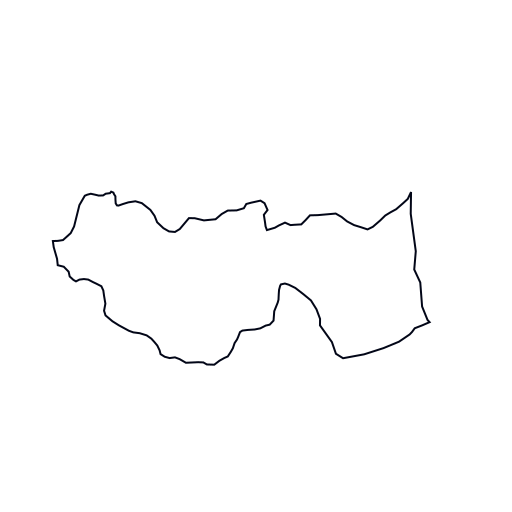 outline of Boganda, Lobaye, Central African Republic, rotated 210°
{"feature_id": "33826404B33100016317003", "entity_name": "Boganda", "entity_type": "district", "adm_level": 2, "iso_a3": "CAF", "parent_name": "Central African Republic", "parent_adm1": "Lobaye", "projection": "mercator", "projection_center": [17.223, 4.309], "detail": "fine", "context": "isolated", "style": "outline", "palette": "ink", "viewbox_px": 512, "rotation_deg": 210, "n_neighbors": 0, "source": "geoboundaries", "source_scale": "gbopen_adm2", "svg_char_len": 2161}
<svg xmlns="http://www.w3.org/2000/svg" viewBox="0 0 512 512"><g transform="rotate(210 256 256)"><path d="M439.4,167.4L435.6,162.5L426.9,154.1L423.1,148.9L417.1,150.6L410.4,148.7L407.1,145.1L402.2,144.0L399.2,144.0L397.1,147.3L393.5,150.0L389.5,151.7L384.0,151.9L380.5,152.2L374.8,152.5L371.0,149.8L367.8,145.7L362.6,139.4L360.2,132.6L356.6,129.3L347.7,127.7L340.1,127.4L328.7,127.7L324.1,128.5L318.1,131.0L311.0,132.6L305.3,132.1L301.0,130.7L296.7,129.1L292.3,126.1L289.6,123.3L284.7,123.1L279.8,124.4L275.5,127.7L270.6,128.5L267.4,128.5L263.3,128.5L253.0,135.1L248.4,137.5L244.3,137.5L237.8,141.0L235.3,147.0L232.4,151.9L230.2,154.9L229.9,160.1L229.9,164.5L231.0,169.9L230.7,174.2L231.0,177.0L231.8,182.1L230.5,184.6L226.1,187.9L220.4,191.7L216.1,195.5L212.8,200.6L209.8,203.4L208.5,208.8L210.7,213.4L212.6,217.3L213.9,226.5L214.7,229.5L215.5,231.0L217.4,234.7L219.1,238.2L220.2,242.3L220.2,243.9L217.2,246.6L213.4,247.5L206.0,248.0L195.7,246.6L186.2,245.0L177.0,240.1L169.1,233.6L165.9,227.9L147.2,219.4L137.9,211.3L129.5,211.0L113.2,224.9L99.5,240.0L89.3,253.3L83.7,264.9L82.9,268.2L82.4,272.8L77.5,278.9L72.6,285.5L75.5,286.4L86.9,295.3L100.5,315.2L112.2,323.4L120.0,340.0L143.1,369.9L153.7,388.9L153.1,381.3L155.0,375.3L158.0,366.6L161.3,361.2L164.3,355.7L166.2,348.9L169.4,339.7L172.7,334.8L179.5,333.4L186.5,331.8L194.4,331.5L201.4,332.6L208.2,332.6L222.9,322.3L229.6,318.2L231.0,311.9L232.6,306.0L238.1,302.4L241.6,300.0L247.6,299.4L248.9,297.5L251.4,294.0L253.8,289.9L259.5,283.9L262.5,286.4L265.2,289.9L269.8,295.6L269.0,301.6L275.0,306.0L279.8,306.2L286.9,299.7L290.4,296.2L290.4,291.3L295.6,285.8L303.2,281.2L306.7,275.2L309.4,267.6L318.9,260.8L327.9,258.1L333.0,255.3L334.1,249.1L335.5,241.2L338.2,236.3L343.6,233.8L350.1,233.8L358.5,235.8L364.0,240.1L370.5,243.1L381.3,244.7L387.8,243.1L393.3,238.7L397.3,234.4L400.3,230.9L401.7,230.3L403.8,231.4L406.0,234.7L407.6,237.4L409.8,238.5L411.2,239.6L413.6,239.3L413.9,237.4L417.3,234.8L418.7,232.0L422.4,229.7L425.8,228.7L430.2,227.3L432.8,224.7L434.4,222.6L434.4,217.9L434.4,211.8L428.3,190.6L427.9,183.2L431.1,173.3L435.2,170.0L439.4,167.4Z" fill="none" stroke="#020617" stroke-width="2"/></g></svg>